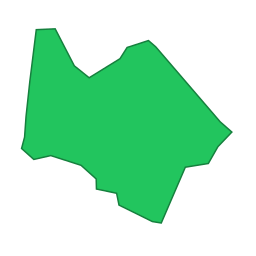 outline of Sinajana, Guam, rotated 6°
{"feature_id": "77769853B28089182733682", "entity_name": "Sinajana", "entity_type": "district", "adm_level": 2, "iso_a3": "GUM", "parent_name": "Guam", "parent_adm1": "", "projection": "natural_earth1", "projection_center": [144.76, 13.46], "detail": "fine", "context": "isolated", "style": "filled", "palette": "green", "viewbox_px": 256, "rotation_deg": 6, "n_neighbors": 0, "source": "geoboundaries", "source_scale": "gbopen_adm2", "svg_char_len": 471}
<svg xmlns="http://www.w3.org/2000/svg" viewBox="0 0 256 256"><g transform="rotate(6 128 128)"><path d="M26.5,39.8L25.5,92.1L25.4,127.1L26.1,147.9L24.3,159.5L37.6,169.1L54.1,163.5L85.2,170.0L101.7,182.0L103.0,192.0L123.5,194.1L127.1,205.6L162.0,218.5L171.0,219.0L189.1,161.0L211.6,154.9L219.4,137.1L231.7,121.2L219.0,112.2L147.1,44.4L139.2,38.9L118.7,48.0L112.8,59.9L84.1,82.1L68.1,71.8L45.2,37.0L26.5,39.8Z" fill="#22c55e" stroke="#15803d" stroke-width="1.5"/></g></svg>